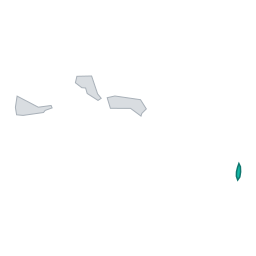 where Grand Turk sits in Turks and Caicos Islands
{"feature_id": "TCA-5007", "entity_name": "Grand Turk", "entity_type": "state/province", "adm_level": 1, "iso_a3": "TCA", "parent_name": "Turks and Caicos Islands", "parent_adm1": "", "projection": "mercator", "projection_center": [-71.14, 21.473], "detail": "fine", "context": "in_parent", "style": "filled", "palette": "teal", "viewbox_px": 256, "rotation_deg": 0, "n_neighbors": 0, "source": "natural_earth", "source_scale": "10m", "svg_char_len": 620}
<svg xmlns="http://www.w3.org/2000/svg" viewBox="0 0 256 256"><path d="M141.8,113.4L141.0,116.1L130.6,108.4L110.4,108.3L107.2,97.7L114.9,96.0L140.5,99.7L146.3,108.9L141.8,113.4ZM17.1,96.1L38.3,107.2L51.1,105.5L52.1,107.9L45.2,110.4L43.5,112.5L23.1,115.4L16.6,114.8L15.4,107.4L17.1,96.1ZM101.2,98.3L98.0,100.4L87.2,93.5L85.6,88.0L81.8,87.7L75.4,82.8L76.9,76.3L91.6,76.0L97.6,93.9L101.2,98.3Z" fill="#d9dde1" stroke="#a8b0b8" stroke-width="1"/><path d="M238.9,163.6L240.4,166.7L240.6,171.9L239.8,177.0L237.7,180.0L236.4,176.2L236.5,171.8L237.6,167.3L238.9,163.6Z" fill="#14b8a6" stroke="#0f766e" stroke-width="1.5"/></svg>